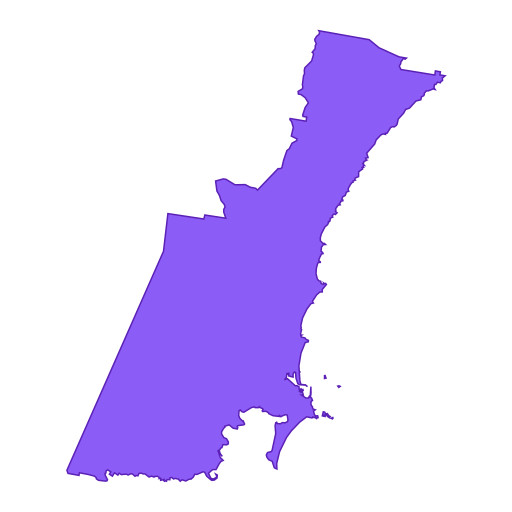 Wollongong, New South Wales, Australia (Albers equal-area conic projection)
{"feature_id": "25037944B78024073086928", "entity_name": "Wollongong", "entity_type": "district", "adm_level": 2, "iso_a3": "AUS", "parent_name": "Australia", "parent_adm1": "New South Wales", "projection": "albers", "projection_center": [150.898, -34.342], "detail": "fine", "context": "isolated", "style": "filled", "palette": "violet", "viewbox_px": 512, "rotation_deg": 0, "n_neighbors": 0, "source": "geoboundaries", "source_scale": "gbopen_adm2", "svg_char_len": 6070}
<svg xmlns="http://www.w3.org/2000/svg" viewBox="0 0 512 512"><path d="M298.4,94.1L300.9,94.5L305.1,97.6L308.4,102.8L305.1,107.6L302.7,115.0L303.0,116.4L306.7,117.1L306.1,121.2L290.1,118.5L289.9,119.6L291.6,121.7L293.3,127.4L291.3,136.1L297.0,138.9L296.7,140.6L292.0,143.2L289.3,148.7L286.9,150.6L283.6,160.2L281.9,167.7L280.5,168.6L278.1,168.6L257.5,190.1L255.7,188.3L250.2,187.2L245.2,184.6L235.0,184.8L226.0,179.3L223.3,178.9L215.6,181.0L216.9,191.0L219.4,195.4L221.1,200.6L224.2,204.3L224.8,206.1L225.0,207.1L223.8,209.2L223.7,212.0L225.8,218.2L204.8,215.0L203.9,219.0L167.9,213.6L163.5,251.3L66.9,470.3L68.0,473.4L79.0,475.4L79.4,472.8L88.4,474.5L94.4,476.1L96.2,477.6L96.4,478.9L98.5,480.3L105.3,481.1L106.9,480.9L107.5,479.7L105.3,475.4L105.0,473.4L105.9,473.0L106.2,470.7L107.8,469.9L110.8,471.9L109.4,474.2L112.4,476.2L114.5,472.8L117.9,475.1L119.1,473.2L121.3,474.6L126.2,474.1L128.1,475.0L130.4,473.9L132.4,473.9L135.0,476.3L136.2,475.5L138.0,475.8L138.9,473.5L141.3,473.1L143.0,473.9L145.0,473.9L149.0,477.0L151.7,476.1L154.0,477.1L154.4,476.5L157.6,476.3L159.8,477.9L159.2,478.6L160.8,478.6L160.7,480.3L164.0,479.5L163.7,480.6L164.7,481.3L165.3,480.7L166.5,481.2L166.6,480.1L167.5,479.6L169.9,479.7L169.8,478.0L171.7,477.4L173.5,479.0L175.0,478.4L178.3,479.1L180.2,481.2L182.1,479.8L185.8,481.0L189.1,479.2L191.1,479.1L193.3,477.1L194.7,474.3L197.1,474.4L203.0,471.8L204.6,472.2L206.7,476.2L210.7,479.7L212.1,480.4L214.5,480.0L217.0,478.0L217.3,475.0L215.7,474.1L216.7,476.0L216.3,477.4L213.9,478.8L212.1,478.8L210.7,478.0L208.5,473.2L212.6,469.6L216.0,469.6L219.3,463.6L220.9,461.5L223.2,460.4L220.3,457.6L218.0,450.7L218.4,450.5L219.9,453.5L221.9,456.0L222.3,456.3L220.3,453.8L219.2,450.6L220.8,448.1L222.0,447.5L222.9,444.7L226.8,444.8L228.3,443.9L228.3,441.8L226.5,438.7L223.8,437.6L221.6,433.9L221.6,431.9L223.1,429.2L224.6,427.2L225.5,427.0L224.7,426.9L224.8,426.2L229.2,424.9L233.1,428.2L237.3,429.0L237.8,427.8L237.1,426.6L237.7,425.7L243.9,424.8L244.6,424.0L242.9,420.3L243.1,421.5L239.8,418.3L238.7,415.5L239.0,410.8L240.1,410.3L239.7,409.5L242.0,411.8L243.9,412.2L251.6,407.5L254.5,406.9L255.0,407.6L257.5,407.7L258.5,407.3L258.5,406.6L258.9,407.4L259.6,406.8L259.7,407.4L262.7,408.7L263.0,409.6L262.2,410.8L262.6,411.5L266.1,411.3L268.5,412.8L268.7,413.6L273.0,415.7L279.7,416.5L279.2,416.0L279.3,415.5L280.7,416.6L285.3,414.7L287.2,415.1L288.0,420.2L287.4,421.7L285.0,422.8L282.3,422.6L280.4,423.8L276.9,423.5L276.5,422.7L277.2,421.9L275.7,422.8L275.1,425.7L275.7,433.6L272.1,450.3L271.4,451.5L267.5,452.6L266.3,455.0L267.0,457.4L268.7,459.7L272.2,461.3L274.3,467.8L276.9,469.0L276.7,463.5L279.6,451.6L286.6,437.3L291.4,430.8L299.6,422.2L306.7,416.8L311.7,417.9L312.7,417.7L312.8,417.0L314.5,417.5L315.4,417.0L315.5,417.9L316.7,418.6L317.3,417.4L318.1,417.5L317.6,415.7L315.7,416.0L314.4,414.5L313.5,411.0L315.3,409.8L312.7,408.8L312.4,406.6L311.4,405.6L310.9,403.9L311.2,401.4L312.5,400.5L311.6,398.1L310.4,397.3L311.0,393.5L310.9,386.6L310.2,396.6L309.6,397.1L309.2,396.5L308.5,398.0L305.9,398.0L301.4,395.0L303.3,394.9L302.4,391.9L300.9,392.3L299.8,391.6L303.2,390.5L302.9,389.5L299.6,390.5L299.5,390.2L300.4,389.9L301.2,388.9L300.5,388.4L301.0,389.0L300.4,389.8L299.3,389.6L298.9,386.6L297.1,385.7L295.2,385.7L287.5,378.7L285.0,379.5L285.0,379.1L286.3,377.6L286.9,373.8L288.2,374.5L288.2,373.3L288.8,373.2L288.8,376.0L293.1,377.1L293.1,373.8L294.4,372.0L295.6,372.6L296.0,378.2L297.8,383.7L299.5,384.7L305.3,385.1L307.5,386.6L305.5,384.9L300.9,384.4L299.9,380.8L299.3,372.1L300.5,371.9L299.3,371.7L298.9,365.9L301.0,353.1L305.2,342.6L308.3,341.8L308.4,340.4L305.8,339.2L305.0,337.9L301.4,337.1L300.9,335.7L301.8,335.1L300.7,335.0L300.7,333.1L301.6,329.5L300.9,328.8L301.2,327.3L300.8,325.9L302.6,317.9L307.0,308.9L310.9,303.7L313.4,303.0L312.5,301.8L312.8,300.7L316.5,295.0L319.7,292.1L322.3,291.9L322.3,289.4L326.4,284.5L325.6,283.4L324.7,283.7L323.8,283.1L324.1,283.8L323.1,284.4L321.1,283.4L320.7,281.3L318.9,280.8L317.4,279.1L316.0,273.7L316.4,268.1L317.6,263.7L318.3,262.5L320.3,262.4L320.3,261.8L318.8,260.7L319.2,258.7L321.4,254.1L323.1,253.6L322.5,252.3L321.1,251.4L321.5,247.0L323.4,244.6L325.5,244.5L324.4,243.4L323.0,243.4L320.4,240.8L320.3,237.9L321.3,234.0L324.9,226.9L327.5,224.7L328.5,222.8L328.3,221.8L329.5,221.5L329.2,221.1L330.1,220.3L330.3,218.2L332.8,217.1L332.2,215.9L333.3,214.5L334.5,213.9L335.3,214.5L337.1,212.8L335.4,211.4L335.9,210.6L335.6,208.8L338.1,205.2L340.2,204.8L339.4,203.5L340.5,202.5L340.6,201.3L342.9,200.8L342.9,200.0L341.8,199.3L342.6,196.9L345.2,195.5L346.4,192.1L348.8,191.2L348.2,190.1L348.3,188.4L350.6,184.3L352.0,182.5L353.0,182.3L352.9,181.1L355.4,180.1L354.7,179.4L355.1,178.1L358.6,176.6L358.7,171.7L362.6,169.0L362.1,167.5L363.7,167.3L363.3,165.8L363.5,164.9L364.1,165.1L362.8,163.5L363.6,163.0L363.9,161.6L366.9,160.1L366.1,159.7L365.5,158.1L368.1,157.6L366.7,153.2L374.7,144.0L376.1,140.0L380.9,134.9L383.3,133.9L385.5,134.4L385.4,133.3L387.1,133.2L390.7,127.5L392.4,126.7L394.3,126.9L396.4,125.3L397.2,123.9L398.2,119.1L403.6,113.2L405.6,109.5L409.5,108.1L416.0,101.0L420.8,99.8L421.5,96.8L423.6,95.8L424.3,94.7L424.2,93.4L426.4,90.8L428.3,90.9L433.2,88.9L435.1,89.5L434.0,87.7L434.5,84.5L435.9,84.4L437.4,82.2L440.3,82.8L441.0,81.4L442.5,80.6L442.4,78.0L445.1,75.8L439.9,74.9L440.4,71.8L435.4,70.9L434.8,75.0L400.9,69.5L399.3,66.1L400.7,63.7L400.8,62.1L403.5,58.4L405.1,59.2L406.4,58.1L398.9,56.8L379.1,47.8L369.2,39.7L318.8,30.7L319.6,32.0L319.0,34.4L316.5,36.4L314.8,39.3L314.9,40.7L316.3,43.8L315.3,45.5L315.1,48.7L312.2,52.3L313.3,53.3L313.5,54.6L311.6,61.0L304.9,67.7L304.3,70.1L304.5,73.7L303.5,75.9L302.4,84.7L302.8,86.7L302.5,88.8L298.1,91.4L298.4,94.1ZM324.4,415.5L325.2,415.7L325.1,414.8L326.2,414.4L327.5,416.4L329.2,417.6L330.2,416.5L329.0,415.9L327.2,413.5L325.7,414.1L324.7,412.1L323.3,411.8L322.3,415.9L324.8,416.4L324.4,415.5ZM324.5,375.6L324.5,378.5L326.0,378.2L325.1,375.5L324.5,375.6ZM340.2,386.4L339.0,385.8L337.8,386.1L338.8,387.4L340.2,386.4ZM331.0,418.3L332.5,418.9L333.0,418.1L332.8,417.5L331.0,418.3Z" fill="#8b5cf6" stroke="#5b21b6" stroke-width="1.5"/></svg>